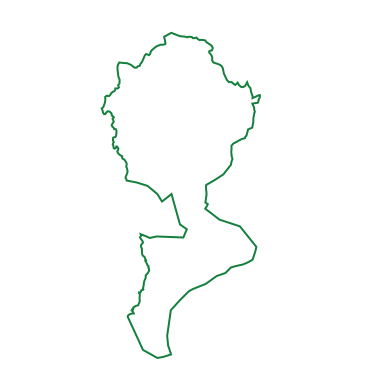 Bayo, Borno, Nigeria (Robinson projection), rotated 173°
{"feature_id": "59680162B41297071563530", "entity_name": "Bayo", "entity_type": "district", "adm_level": 2, "iso_a3": "NGA", "parent_name": "Nigeria", "parent_adm1": "Borno", "projection": "robinson", "projection_center": [11.717, 10.466], "detail": "fine", "context": "isolated", "style": "outline", "palette": "green", "viewbox_px": 384, "rotation_deg": 173, "n_neighbors": 0, "source": "geoboundaries", "source_scale": "gbopen_adm2", "svg_char_len": 4680}
<svg xmlns="http://www.w3.org/2000/svg" viewBox="0 0 384 384"><g transform="rotate(173 192 192)"><path d="M232.6,33.3L233.4,37.9L234.4,42.3L234.2,52.2L227.4,77.3L216.9,86.3L207.2,93.9L202.8,95.6L189.6,99.1L177.7,105.6L168.7,107.5L162.5,112.4L157.1,113.2L150.6,113.8L145.5,115.2L140.2,117.3L136.3,125.5L134.8,129.7L148.7,152.1L165.3,159.9L168.0,161.1L177.0,170.0L180.9,173.8L180.5,174.4L179.2,175.8L177.8,178.0L180.0,179.9L177.9,187.6L177.7,190.5L177.6,194.9L177.0,197.3L174.1,198.5L167.4,201.4L158.8,205.6L150.0,214.3L149.1,217.3L147.8,219.9L148.3,222.7L148.2,226.5L147.6,229.5L147.2,233.1L144.9,235.2L143.5,235.6L142.0,236.2L141.3,236.4L140.1,237.0L137.8,237.9L135.5,238.7L133.4,238.8L132.7,239.1L132.7,239.8L132.1,240.6L131.2,241.1L129.8,244.4L128.7,247.3L124.4,248.5L122.7,253.6L122.1,257.7L120.4,263.1L119.8,263.9L120.2,265.9L120.0,268.4L120.5,269.6L120.8,270.5L121.2,271.7L121.3,272.4L118.4,272.5L117.9,272.5L115.8,272.6L115.3,273.2L115.2,273.6L115.0,274.5L114.6,275.4L114.2,276.0L113.9,276.6L113.6,277.1L113.3,277.5L113.1,277.9L113.1,278.1L113.0,278.5L112.9,279.4L112.7,279.8L112.6,280.5L112.8,280.2L113.3,280.0L114.6,279.7L115.6,279.4L116.5,279.0L117.5,278.8L119.3,278.2L120.5,277.8L120.2,279.7L121.1,283.8L121.3,286.8L121.3,287.9L123.0,290.5L123.9,294.2L126.5,290.6L128.9,289.9L130.4,290.3L132.3,292.3L133.4,295.0L134.3,294.2L136.0,293.0L137.7,294.4L139.2,296.2L141.9,296.6L143.5,298.5L145.0,302.8L145.9,305.6L146.2,309.4L146.4,311.4L147.3,313.4L148.5,314.6L150.8,316.0L153.1,317.0L155.1,318.0L156.0,320.5L155.5,322.7L155.9,325.0L156.8,326.7L157.9,328.2L157.9,329.1L157.3,330.0L155.9,330.0L154.8,330.3L153.8,332.6L154.8,335.0L157.1,336.9L159.6,339.2L160.6,341.0L163.3,341.7L164.5,341.9L166.0,341.9L167.5,343.0L168.4,344.2L169.0,344.8L170.4,344.4L172.4,344.6L173.3,345.9L174.8,346.2L176.7,346.5L177.6,346.1L178.7,346.5L179.5,346.9L183.2,347.7L185.1,348.2L193.2,352.5L197.2,350.9L200.8,349.4L200.3,345.5L200.3,344.1L200.2,342.6L200.7,342.0L203.1,341.7L205.4,342.0L209.7,340.8L212.6,339.0L214.4,337.8L215.8,336.4L216.3,335.1L217.0,333.7L218.2,333.1L219.7,334.1L221.1,334.4L222.6,332.7L223.9,330.3L224.9,328.6L226.0,326.9L227.6,325.4L228.6,323.6L230.6,323.3L231.8,322.2L233.8,322.4L234.9,323.4L236.3,324.9L237.5,325.9L239.2,326.9L240.8,327.8L242.9,328.1L248.5,329.4L249.5,328.0L250.6,325.9L250.9,323.7L251.0,320.8L251.0,317.6L251.0,315.3L250.2,312.8L250.3,311.2L250.7,308.8L252.3,306.9L251.8,304.8L252.6,304.1L253.7,303.8L254.7,304.1L255.5,304.1L255.7,303.1L256.7,301.6L258.5,301.0L260.0,300.1L261.3,298.3L262.6,297.4L263.7,297.4L264.6,298.0L265.8,297.5L266.6,296.9L266.7,296.0L266.7,294.3L267.6,291.2L269.7,287.0L271.4,286.0L270.8,283.6L270.7,281.9L269.9,280.1L268.7,279.9L267.2,281.5L265.6,282.4L263.9,281.8L262.3,279.9L262.3,278.3L261.9,277.2L260.8,276.4L260.5,275.6L261.9,274.5L261.1,271.3L262.3,269.9L263.5,268.3L263.3,267.0L262.1,265.6L261.5,263.9L259.9,263.6L259.5,262.1L259.8,259.8L260.5,257.0L261.2,256.0L262.8,255.8L263.8,255.3L264.2,252.7L263.5,251.0L264.4,249.9L264.9,248.9L264.4,247.3L264.4,245.2L263.7,244.5L262.4,244.7L261.6,246.4L260.7,246.2L259.8,244.0L260.2,242.7L261.2,241.4L260.8,239.8L259.6,238.1L257.9,236.6L256.9,236.0L257.2,235.0L257.0,233.7L255.1,232.3L254.2,230.4L253.4,228.5L253.6,226.7L254.2,225.1L253.6,223.3L253.5,221.2L253.4,220.4L254.0,218.6L254.6,217.5L255.9,215.3L256.2,213.9L255.5,212.4L255.4,211.3L245.8,208.2L235.4,203.5L226.6,194.2L223.6,187.5L222.9,186.2L212.6,192.5L207.9,161.3L201.7,155.7L206.1,147.9L232.7,152.2L239.6,151.5L242.6,153.4L248.1,156.4L247.8,154.9L248.6,154.1L249.1,153.4L248.8,152.2L248.3,151.5L248.0,151.0L247.8,150.5L247.4,149.8L247.0,149.0L246.8,148.1L247.2,147.2L247.9,146.7L248.8,145.9L249.2,144.7L249.1,143.1L248.6,142.0L248.9,140.7L248.9,138.7L249.1,136.5L248.6,134.9L247.8,134.1L247.2,133.6L246.9,133.1L246.9,132.4L246.6,131.8L246.4,130.8L246.1,130.3L246.0,130.0L246.7,129.9L246.8,129.3L246.1,128.2L245.1,124.7L244.3,124.0L244.5,123.0L244.6,122.4L244.2,122.0L244.1,121.4L244.1,120.3L244.0,119.5L244.4,118.8L244.8,118.2L245.3,117.5L246.1,116.6L247.0,116.0L247.7,115.2L248.3,114.3L248.3,113.4L248.5,112.2L249.1,111.2L249.7,110.4L250.4,108.8L250.8,107.9L251.1,106.4L251.5,104.7L252.0,103.4L252.5,102.1L252.1,101.3L252.6,100.8L253.5,100.8L254.3,100.6L254.8,99.7L255.4,98.6L255.9,98.4L256.8,98.8L257.0,98.3L256.3,97.2L256.4,96.0L256.6,94.8L257.0,93.4L257.0,91.8L257.2,90.0L257.9,88.4L258.6,87.3L259.3,86.1L260.2,86.0L261.1,85.8L261.9,85.7L262.9,85.1L263.7,84.9L264.4,84.5L264.4,83.4L264.7,82.8L265.8,82.7L266.4,81.8L265.5,81.0L265.2,80.4L264.9,79.4L264.6,78.6L266.7,78.7L268.9,78.2L270.2,77.4L270.9,76.7L271.0,76.0L259.9,41.2L246.6,31.5L240.6,31.8L232.6,33.3Z" fill="none" stroke="#15803d" stroke-width="2"/></g></svg>